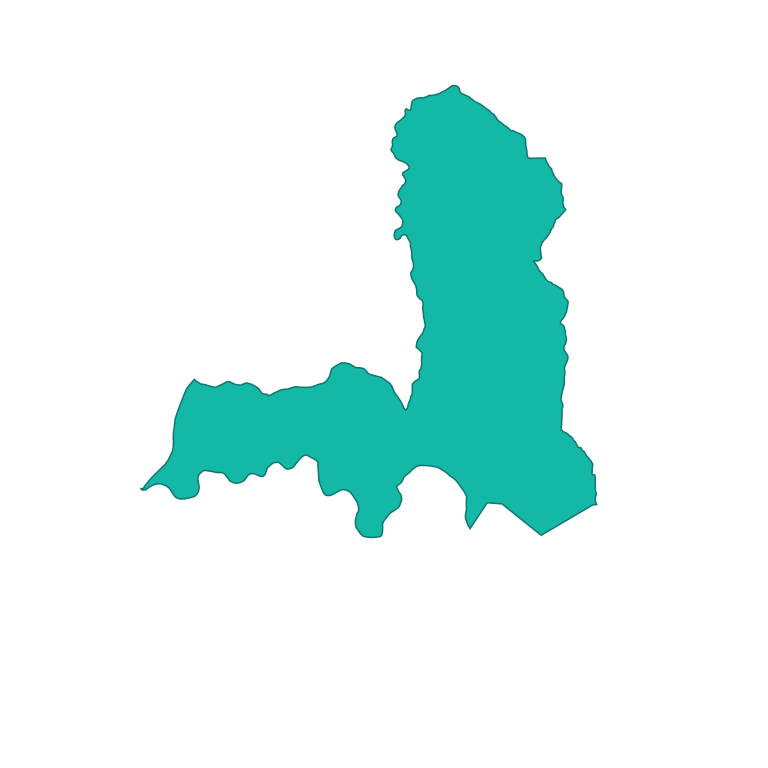 Phuentsholing, Chhukha, Bhutan, rotated 326°
{"feature_id": "84629894B40040749916025", "entity_name": "Phuentsholing", "entity_type": "district", "adm_level": 2, "iso_a3": "BTN", "parent_name": "Bhutan", "parent_adm1": "Chhukha", "projection": "albers", "projection_center": [89.394, 26.918], "detail": "fine", "context": "isolated", "style": "filled", "palette": "teal", "viewbox_px": 768, "rotation_deg": 326, "n_neighbors": 0, "source": "geoboundaries", "source_scale": "gbopen_adm2", "svg_char_len": 6171}
<svg xmlns="http://www.w3.org/2000/svg" viewBox="0 0 768 768"><g transform="rotate(326 384 384)"><path d="M124.1,334.9L124.0,336.3L125.2,337.4L127.6,338.5L132.5,338.2L137.7,339.0L140.7,340.2L143.5,342.4L146.2,346.2L147.7,349.9L147.7,360.8L149.1,363.4L150.7,365.4L154.2,367.6L160.7,370.2L163.9,371.2L166.9,370.9L169.7,369.7L172.9,366.5L176.8,358.2L177.9,357.0L180.6,355.3L185.5,354.9L187.5,355.7L192.7,360.5L195.1,363.2L196.9,364.7L199.7,366.5L200.9,367.8L201.7,370.2L202.0,378.3L204.2,382.0L207.0,384.3L211.0,385.6L214.2,385.8L220.2,383.7L221.9,383.6L223.9,384.0L226.6,386.3L230.0,391.6L231.8,392.9L234.8,392.6L240.3,388.3L245.6,387.6L248.1,387.6L249.4,388.0L252.4,389.5L253.3,391.2L255.0,398.3L255.6,399.8L256.6,400.8L260.4,402.2L262.5,402.2L272.3,398.9L275.8,398.5L277.9,398.7L280.0,399.3L285.0,409.0L285.3,411.3L285.1,412.6L283.6,414.7L275.9,427.9L274.6,432.6L273.1,439.8L273.0,441.1L273.6,443.7L275.1,445.2L277.5,446.4L279.8,446.9L288.9,447.7L291.1,448.6L293.9,451.6L295.6,455.3L295.8,458.9L295.7,467.0L294.6,470.6L292.2,474.9L289.1,476.4L284.2,480.8L282.2,483.7L280.7,487.4L280.7,495.2L281.6,498.5L284.5,501.6L287.0,503.7L289.7,505.4L294.8,508.1L296.3,508.4L297.7,508.0L300.8,504.9L304.5,499.4L306.1,498.1L308.9,496.9L312.5,495.9L315.1,494.9L317.8,494.5L325.6,494.6L328.3,494.0L333.3,490.5L334.9,488.2L336.0,485.5L336.1,481.0L337.0,476.1L337.8,475.8L343.2,475.4L346.1,474.0L348.3,472.2L356.2,471.6L359.5,470.7L361.8,470.6L365.9,470.7L368.7,471.9L375.0,476.4L381.5,482.5L384.3,487.8L386.2,492.5L387.3,497.2L389.0,501.1L389.9,505.0L390.3,517.2L389.8,522.8L388.8,524.5L386.0,528.2L382.2,534.1L377.7,538.8L376.4,541.1L374.7,547.7L374.5,552.0L403.2,540.2L414.8,549.4L429.7,597.3L489.5,601.0L492.8,602.9L494.1,598.2L496.3,595.7L498.8,593.8L499.5,590.8L507.4,578.6L507.8,577.0L506.0,575.6L506.3,574.7L510.2,569.5L512.1,567.5L512.4,565.4L512.5,563.6L511.8,556.4L512.1,551.8L511.3,550.1L511.5,546.8L509.8,545.4L509.7,544.1L509.7,542.3L510.3,538.9L509.7,536.1L509.9,534.9L509.8,533.0L509.0,531.0L508.6,528.9L507.6,526.2L506.2,524.3L505.6,522.1L505.6,520.7L506.1,519.7L508.4,517.1L515.9,507.1L517.5,504.1L519.5,502.9L520.7,501.0L522.0,495.9L525.1,492.3L533.3,485.0L536.5,480.2L540.3,475.9L542.7,471.3L549.7,466.7L551.3,464.9L552.2,463.3L552.2,457.1L553.9,453.6L557.0,452.1L560.2,449.3L562.2,444.2L563.7,441.9L565.5,436.7L565.1,434.5L564.0,432.8L565.2,431.0L571.5,428.9L575.7,426.1L580.5,421.4L582.8,418.6L582.2,412.4L584.5,407.6L584.5,405.1L581.6,398.4L579.8,395.7L579.5,393.3L577.4,391.4L576.8,387.9L577.1,381.3L576.4,378.4L576.1,375.7L576.7,373.7L576.9,369.5L576.7,366.8L577.0,365.7L580.6,368.1L582.7,368.3L584.9,367.8L588.8,360.1L590.2,357.9L592.1,356.8L593.4,355.6L597.3,354.2L601.0,353.4L606.3,351.2L609.8,349.0L612.6,348.1L614.9,345.8L616.0,345.5L616.9,344.5L618.4,343.6L622.2,343.7L631.9,341.3L632.1,339.5L631.9,338.6L632.5,336.2L633.0,334.7L636.7,329.8L637.4,324.9L640.9,320.8L643.1,317.7L643.2,316.6L642.6,315.5L641.8,312.7L641.4,308.6L641.5,306.5L642.0,304.4L642.2,301.9L643.2,299.5L642.6,295.9L643.1,290.5L644.0,286.8L632.2,279.2L630.1,277.5L630.1,276.1L630.8,274.0L632.8,270.7L635.1,265.3L638.3,260.1L638.4,257.2L638.0,255.4L636.1,251.8L634.4,249.5L632.7,246.3L632.0,245.7L631.0,245.4L629.6,239.4L628.6,237.5L627.1,232.4L625.9,229.4L625.9,222.4L624.4,218.8L624.3,216.4L623.9,215.3L622.8,213.1L620.4,206.0L616.9,200.0L616.4,197.5L615.5,195.5L615.2,193.6L614.5,192.9L613.9,191.5L611.1,187.3L610.6,186.0L610.6,183.5L611.7,180.8L611.5,178.7L610.7,177.4L609.7,176.2L608.4,175.3L607.1,174.8L599.7,175.0L592.4,174.1L589.2,173.3L585.1,171.6L582.8,169.9L579.9,169.7L576.5,168.6L571.9,165.7L567.6,165.1L565.7,165.2L563.4,167.3L560.6,170.6L559.1,171.8L557.6,171.0L556.5,168.4L554.2,169.0L553.3,171.3L552.1,172.9L549.9,173.9L545.4,174.6L541.1,174.6L538.5,175.6L536.8,176.9L536.4,177.7L535.8,178.9L534.8,183.7L533.8,185.3L533.0,185.9L530.0,185.4L528.5,185.7L526.1,188.0L525.0,190.3L524.0,191.5L520.7,193.7L520.6,195.9L521.0,198.3L520.3,202.1L520.4,203.7L521.2,206.2L524.6,211.0L526.0,213.9L526.4,217.3L526.2,218.1L525.6,219.0L524.5,219.6L517.9,219.4L516.5,220.7L516.3,227.0L514.8,228.6L512.9,229.6L509.8,230.0L504.2,232.5L502.4,233.9L501.2,235.6L500.9,236.7L501.0,240.8L500.7,241.6L499.4,243.5L496.6,244.8L492.8,244.5L491.0,245.5L490.3,247.7L490.5,249.7L491.0,250.8L491.4,257.6L491.0,259.3L487.7,262.9L485.2,263.7L479.3,263.0L476.4,265.3L474.9,267.7L474.6,269.3L474.7,271.0L476.2,272.0L477.6,272.2L479.1,272.0L481.4,270.9L482.9,271.0L485.0,271.7L485.8,274.6L485.3,276.3L484.9,281.9L483.6,283.4L482.9,284.8L480.9,289.9L477.6,294.9L476.1,299.8L474.5,302.8L472.0,305.2L468.5,306.7L467.8,307.5L466.0,311.8L465.4,320.0L463.6,324.6L461.5,327.8L460.9,329.4L461.3,333.4L462.3,335.8L462.1,337.8L461.3,339.6L459.4,341.5L457.6,344.2L456.4,347.0L454.7,349.8L451.3,358.0L449.6,360.0L448.0,360.7L447.1,361.7L444.5,363.5L439.0,365.3L436.6,366.5L434.6,367.8L432.4,370.1L431.1,372.0L431.9,373.1L432.8,377.2L432.9,378.4L432.5,380.5L430.1,383.0L428.3,385.4L426.1,388.9L424.5,390.6L423.5,391.6L420.8,392.7L420.0,393.5L416.8,398.9L415.9,399.2L410.6,399.1L407.8,399.8L406.3,401.3L403.6,405.7L401.9,407.9L399.4,409.3L396.5,412.0L393.8,413.5L390.0,417.0L387.5,417.7L387.0,415.7L388.2,408.3L388.0,396.8L389.2,390.5L389.3,387.1L388.6,385.0L385.6,377.2L378.1,368.6L376.9,366.8L376.5,362.3L375.8,359.9L373.4,357.3L369.8,354.7L366.8,348.3L363.5,344.7L361.0,342.9L359.1,342.5L355.1,342.1L349.6,342.1L347.7,343.2L343.3,347.1L339.5,348.8L336.2,349.5L333.3,349.2L331.1,348.2L322.1,345.9L318.9,344.2L311.4,338.9L310.2,337.5L309.1,336.8L307.5,336.1L300.5,334.0L297.7,332.2L295.1,331.2L288.2,330.1L283.8,329.8L281.0,328.7L281.3,327.0L278.8,325.2L277.9,324.0L277.5,323.1L277.6,318.3L276.4,314.7L273.9,309.8L272.8,308.9L271.0,306.4L268.3,305.5L264.6,304.9L260.4,301.1L257.5,296.1L256.3,294.9L254.8,294.2L250.0,293.8L243.7,292.8L241.3,291.9L240.0,290.0L237.9,287.9L235.3,284.4L232.7,282.2L231.7,280.7L229.7,275.9L229.5,274.1L220.7,276.4L217.8,277.5L211.7,281.4L197.1,291.7L191.3,296.2L185.6,303.0L182.5,306.3L179.6,310.2L176.4,315.2L173.5,319.0L170.6,321.7L166.9,323.9L161.9,326.7L157.0,328.4L142.0,331.1L135.7,332.6L128.5,334.8L126.2,336.1L124.1,334.9Z" fill="#14b8a6" stroke="#0f766e" stroke-width="1.5"/></g></svg>